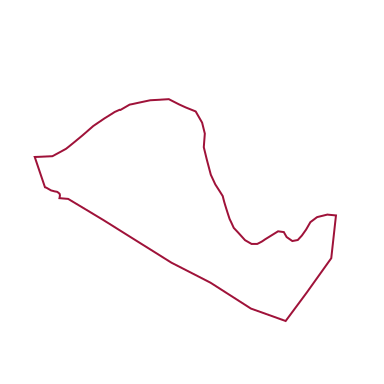 the district of Derniere Riviere/Fond Petit, Dennery, Saint Lucia, rotated 30°
{"feature_id": "8701671B2567370595513", "entity_name": "Derniere Riviere/Fond Petit", "entity_type": "district", "adm_level": 2, "iso_a3": "LCA", "parent_name": "Saint Lucia", "parent_adm1": "Dennery", "projection": "orthographic", "projection_center": [-60.931, 13.967], "detail": "fine", "context": "isolated", "style": "outline", "palette": "rose", "viewbox_px": 384, "rotation_deg": 30, "n_neighbors": 0, "source": "geoboundaries", "source_scale": "gbopen_adm2", "svg_char_len": 1304}
<svg xmlns="http://www.w3.org/2000/svg" viewBox="0 0 384 384"><g transform="rotate(30 192 192)"><path d="M337.6,256.9L341.6,222.2L345.7,179.7L328.4,140.3L321.2,143.6L320.6,143.8L313.2,150.9L312.8,151.4L310.2,157.5L309.6,158.9L309.6,167.5L309.0,174.0L308.9,174.9L307.6,180.7L306.1,182.0L303.4,184.3L296.5,183.7L292.7,181.5L291.6,180.8L288.4,182.1L286.2,183.0L278.9,196.6L278.2,198.1L277.2,200.1L275.8,202.3L274.5,204.3L269.6,207.2L262.0,207.2L252.1,204.0L246.1,202.2L241.2,198.7L238.1,196.6L234.4,193.3L229.9,189.2L226.9,186.4L225.0,184.6L222.7,182.3L220.7,180.2L215.4,177.4L208.4,173.8L200.3,168.1L199.7,167.7L188.4,156.3L179.8,147.3L173.9,135.0L166.1,126.9L155.1,120.5L154.8,120.4L144.3,121.9L137.0,122.6L125.5,123.2L118.7,127.7L118.3,128.0L110.0,133.4L104.1,138.7L100.0,142.4L96.6,145.5L94.3,147.5L89.3,156.2L88.9,156.8L88.5,156.9L88.2,157.0L85.0,161.4L84.3,162.8L79.4,172.0L73.5,184.2L68.8,197.9L67.2,202.2L64.0,210.7L62.7,214.1L61.3,217.6L56.6,225.3L53.2,230.8L42.6,237.6L38.3,240.3L50.9,251.4L62.3,261.4L63.7,261.1L67.2,261.1L69.2,261.1L71.7,260.4L72.2,260.3L73.1,260.0L75.0,259.3L75.6,259.3L77.2,259.5L77.5,259.6L78.3,259.8L79.3,260.9L79.6,261.7L80.1,262.9L80.3,263.6L88.2,259.9L129.1,260.6L209.6,263.5L253.3,261.3L301.3,263.5L337.6,256.9Z" fill="none" stroke="#9f1239" stroke-width="2"/></g></svg>